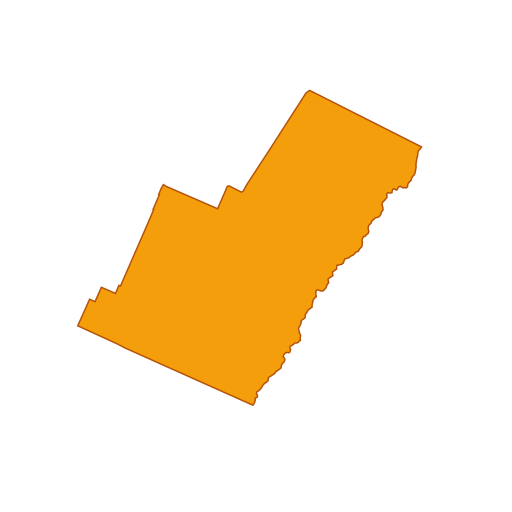 San Miguel, Buenos Aires, Argentina (Mercator projection), rotated 342°
{"feature_id": "61730980B42310570317073", "entity_name": "San Miguel", "entity_type": "district", "adm_level": 2, "iso_a3": "ARG", "parent_name": "Argentina", "parent_adm1": "Buenos Aires", "projection": "mercator", "projection_center": [-58.67, -34.554], "detail": "fine", "context": "isolated", "style": "filled", "palette": "amber", "viewbox_px": 512, "rotation_deg": 342, "n_neighbors": 0, "source": "geoboundaries", "source_scale": "gbopen_adm2", "svg_char_len": 3380}
<svg xmlns="http://www.w3.org/2000/svg" viewBox="0 0 512 512"><g transform="rotate(342 256 256)"><path d="M66.8,265.2L64.9,267.3L97.6,297.4L102.9,302.9L158.5,353.2L206.9,396.9L207.4,396.6L208.4,395.9L208.9,395.4L209.4,395.0L209.7,394.5L210.1,393.8L210.6,393.1L210.8,392.4L211.3,390.9L213.2,390.8L213.8,390.4L214.2,389.5L214.3,388.6L213.9,387.8L214.4,385.8L215.0,385.4L217.7,384.7L218.3,384.3L220.5,383.0L221.5,382.0L222.8,380.9L224.3,380.1L225.4,379.6L226.8,379.3L227.7,378.9L228.6,378.6L229.2,377.9L229.5,377.3L229.8,376.1L231.0,375.2L232.4,374.9L233.6,374.6L234.7,374.3L235.9,373.9L237.0,373.7L237.5,373.4L237.9,373.1L238.8,372.3L240.3,371.8L241.1,371.7L242.0,371.4L242.7,371.1L243.8,370.8L245.1,370.2L245.4,369.8L245.8,369.1L246.5,367.8L247.3,366.9L247.9,366.4L248.5,366.2L249.2,365.8L250.0,365.4L250.8,364.5L251.3,363.7L251.6,362.2L251.1,361.1L250.8,360.4L251.2,359.4L251.9,358.5L253.1,357.7L253.9,357.4L255.7,357.3L256.3,357.6L257.1,358.1L258.3,358.0L260.0,355.8L259.9,354.9L259.8,353.8L260.2,352.9L260.9,352.3L261.7,352.2L263.4,351.9L266.6,350.7L267.6,351.2L268.5,351.4L269.6,351.0L272.1,350.0L272.2,349.4L272.5,348.3L272.8,347.5L273.2,346.8L274.0,345.0L273.6,343.1L273.7,341.7L273.9,338.5L274.8,337.0L276.5,335.7L277.8,334.1L278.2,333.5L279.2,331.4L279.9,331.1L282.3,330.4L283.6,329.8L283.9,329.2L284.1,328.6L284.6,327.2L285.8,326.2L287.0,325.3L287.4,324.9L287.9,324.3L289.1,323.4L290.4,323.0L291.6,322.5L292.8,322.3L293.7,321.7L293.9,320.8L294.2,319.8L294.8,318.9L295.4,318.0L296.0,316.5L296.7,315.5L297.2,315.2L298.3,314.5L299.4,313.7L300.8,313.4L301.1,311.1L301.6,309.1L302.9,307.1L303.8,307.1L304.7,307.6L307.0,309.4L309.3,309.9L312.6,308.0L314.8,305.2L316.9,303.9L317.1,301.6L317.5,300.0L323.1,298.4L323.3,296.8L323.7,294.8L328.4,293.5L330.0,289.9L334.4,290.4L336.7,289.8L337.8,288.5L339.4,286.3L343.4,286.4L344.5,286.0L346.6,285.3L348.6,285.2L352.6,283.1L354.6,283.2L355.6,282.5L356.5,281.3L357.2,281.1L358.5,280.3L359.4,279.8L360.0,279.0L360.8,277.3L361.4,276.0L361.5,275.0L362.2,272.8L363.3,271.7L364.3,270.8L365.5,271.0L366.4,270.7L367.4,270.0L368.4,269.6L369.7,269.1L370.7,267.7L370.9,266.9L371.0,265.6L371.3,264.0L372.5,261.9L373.4,261.3L374.7,260.8L375.3,260.5L376.1,259.7L376.6,259.0L377.6,258.1L379.7,257.5L380.5,257.0L381.1,256.6L383.6,256.8L384.9,256.7L386.7,255.8L387.8,254.7L388.0,254.1L388.9,253.0L389.8,252.4L391.0,251.5L391.6,249.3L391.7,247.6L391.7,246.7L392.0,245.1L393.4,243.8L394.7,243.2L396.3,242.3L397.1,241.7L398.6,240.9L399.1,239.0L399.4,237.9L400.2,236.8L401.0,236.5L402.5,237.4L404.8,237.8L405.3,237.0L405.5,236.3L406.7,234.8L407.5,234.6L408.9,235.5L409.5,236.4L410.3,236.7L411.5,235.8L412.1,235.1L412.9,234.3L415.0,234.4L415.6,235.3L417.0,236.7L418.7,236.8L419.7,237.7L421.4,237.1L421.7,236.5L422.5,234.7L423.6,233.7L424.6,233.0L425.2,232.8L426.6,232.2L427.4,231.1L428.1,230.0L429.0,229.2L429.7,228.7L431.4,227.7L432.3,227.0L433.5,225.1L435.6,221.3L436.0,219.6L436.7,217.7L437.7,215.7L439.0,212.9L440.0,211.7L441.3,209.3L441.8,207.8L443.0,206.1L445.6,204.6L447.1,203.4L358.2,115.1L354.1,116.3L302.0,158.9L269.6,185.0L263.8,190.4L262.6,190.8L261.5,190.4L252.2,181.1L251.2,180.8L250.1,181.1L234.1,199.2L192.3,162.2L190.0,159.5L186.6,162.5L182.4,167.5L182.9,168.0L172.5,179.9L172.9,180.4L162.0,192.9L117.8,242.7L116.5,241.6L110.8,248.2L99.3,238.0L88.8,249.7L84.4,245.7L66.8,265.2Z" fill="#f59e0b" stroke="#b45309" stroke-width="1.5"/></g></svg>